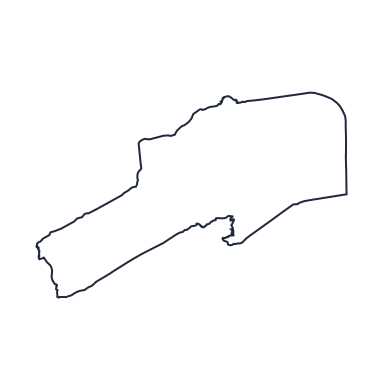 outline of Kota Padangsidimpuan, Sumatera Utara, Indonesia, rotated 84°
{"feature_id": "22746128B81378642761445", "entity_name": "Kota Padangsidimpuan", "entity_type": "district", "adm_level": 2, "iso_a3": "IDN", "parent_name": "Indonesia", "parent_adm1": "Sumatera Utara", "projection": "equal_earth", "projection_center": [99.293, 1.387], "detail": "fine", "context": "isolated", "style": "outline", "palette": "slate", "viewbox_px": 384, "rotation_deg": 84, "n_neighbors": 0, "source": "geoboundaries", "source_scale": "gbopen_adm2", "svg_char_len": 5945}
<svg xmlns="http://www.w3.org/2000/svg" viewBox="0 0 384 384"><g transform="rotate(84 192 192)"><path d="M141.9,32.2L137.2,31.7L132.5,31.8L126.6,33.8L121.9,36.0L118.4,38.7L114.1,43.2L111.1,48.5L109.0,52.8L106.3,59.7L105.5,64.5L105.9,72.8L107.3,111.2L107.4,119.3L107.4,122.5L107.3,128.0L108.0,129.3L107.9,130.0L107.9,130.5L107.7,131.0L107.9,131.3L107.5,132.7L107.9,133.4L108.0,133.7L108.1,135.0L108.4,137.4L108.1,138.0L107.7,137.9L107.4,138.1L107.1,137.7L106.7,138.3L106.4,138.3L106.2,138.0L105.7,138.0L104.9,138.6L104.8,139.2L105.1,139.5L105.2,139.9L105.1,140.4L104.5,141.0L103.1,142.4L102.7,142.7L102.0,143.5L100.6,145.4L100.6,148.3L100.9,149.3L100.9,149.8L101.0,150.3L101.3,150.8L101.6,150.6L102.1,150.7L102.4,151.2L102.4,151.9L103.6,152.0L104.2,152.6L104.5,152.5L104.9,152.8L104.9,153.6L105.2,154.0L105.9,153.1L106.2,153.2L106.6,153.8L107.1,154.0L107.3,154.3L107.3,154.6L107.4,155.0L107.6,155.1L107.6,155.5L107.3,156.0L107.4,156.5L107.6,156.7L108.0,157.0L108.4,157.5L108.8,157.8L109.0,159.0L109.3,162.4L109.2,164.9L110.0,167.9L111.1,170.3L111.5,172.8L110.7,174.1L110.7,174.8L110.7,175.6L112.1,178.1L114.7,182.7L115.7,183.2L117.2,183.9L119.1,185.0L122.1,188.1L124.8,192.5L125.3,194.8L126.6,196.9L127.0,197.4L129.4,200.5L129.7,200.7L131.3,201.9L133.2,203.1L134.0,207.2L133.2,210.0L133.1,214.9L135.2,228.3L135.2,228.5L134.9,230.6L134.2,233.6L134.8,235.7L136.0,238.2L136.4,238.5L136.5,238.7L136.9,239.2L138.1,240.0L158.4,240.1L163.1,239.9L164.7,241.1L165.8,242.7L167.3,243.7L169.1,244.5L171.2,244.7L172.3,244.9L173.0,244.8L174.2,244.6L174.8,244.6L176.7,245.5L177.3,245.6L178.6,245.9L179.2,246.2L180.9,247.3L181.1,250.7L182.0,252.6L182.6,253.4L183.7,255.0L184.5,256.5L185.8,259.5L186.3,260.3L186.9,260.9L187.9,262.2L198.8,287.9L202.0,296.2L202.2,296.4L202.3,296.9L202.3,297.3L202.3,297.8L202.2,299.7L202.5,300.4L202.8,301.0L203.0,301.5L205.6,304.1L205.9,306.7L206.4,309.1L209.1,312.4L214.5,325.4L214.7,325.7L216.8,333.5L217.1,336.2L217.1,336.4L217.2,336.7L217.6,336.9L217.9,337.4L218.2,337.6L219.9,338.3L222.7,344.9L223.1,345.5L224.1,346.5L224.5,346.8L225.3,347.9L225.7,348.9L226.0,349.9L226.7,351.1L227.2,351.5L228.3,351.8L228.6,351.5L228.9,351.6L229.1,351.9L229.6,352.1L229.9,352.3L230.1,352.0L230.7,352.0L230.7,351.5L230.7,351.0L230.8,350.7L231.2,350.5L231.5,350.4L231.7,350.7L232.0,350.6L232.1,351.0L232.9,350.9L233.3,350.7L234.2,350.5L234.2,350.1L234.5,350.0L234.9,350.0L235.2,350.0L235.3,350.2L237.7,350.5L238.0,350.6L239.6,350.6L239.6,350.9L240.0,350.9L240.0,351.1L240.4,351.1L240.9,351.1L241.0,351.3L241.3,351.2L241.5,351.2L241.6,351.3L242.0,351.2L242.9,350.7L242.7,350.3L242.8,350.0L242.7,349.8L242.5,348.7L242.3,348.0L242.0,347.0L241.9,346.8L241.8,346.3L242.5,346.3L242.7,346.2L242.8,346.0L242.8,345.7L243.2,345.4L244.3,344.8L244.6,344.7L245.7,344.1L246.2,343.8L246.8,343.4L247.3,343.0L247.9,342.5L248.2,342.2L249.0,341.6L249.5,341.2L249.9,340.8L250.4,340.5L251.4,340.0L252.9,339.7L254.1,339.5L254.5,339.4L255.5,339.4L256.1,339.4L258.6,339.9L259.0,339.9L260.7,340.4L261.1,340.5L263.2,340.4L263.8,340.3L264.4,340.2L265.0,340.1L266.3,339.5L267.3,339.0L267.7,338.8L269.2,338.1L269.5,337.1L270.1,336.1L271.1,336.1L271.3,336.5L271.5,336.8L271.9,336.9L272.2,336.8L273.8,337.1L274.4,337.4L275.5,336.0L277.1,336.6L278.2,336.7L282.0,336.7L282.2,336.9L282.6,336.7L282.6,335.8L282.9,335.5L282.7,335.0L282.9,334.6L282.7,334.1L282.7,333.3L282.8,332.7L283.0,330.1L283.1,329.4L283.4,328.6L282.7,325.7L282.3,323.7L282.1,322.6L280.5,319.7L279.4,316.8L278.7,314.6L278.3,310.5L278.2,308.9L277.8,308.1L277.5,307.9L275.8,304.6L274.9,301.6L273.2,299.1L271.7,297.3L270.7,295.5L267.0,287.4L264.9,282.9L262.1,277.5L257.6,268.3L254.2,261.4L252.3,257.3L248.4,248.4L247.7,246.6L246.1,242.5L241.8,231.3L239.8,226.0L233.2,213.3L231.1,208.5L230.9,206.1L230.5,205.0L229.2,203.4L229.0,202.6L229.0,200.5L228.2,199.7L227.8,198.8L227.2,197.7L226.5,197.2L226.4,197.1L225.9,195.6L225.9,192.9L225.3,190.9L224.3,190.5L224.0,190.6L224.0,190.4L224.0,190.2L224.3,189.0L224.6,188.7L225.0,188.0L225.4,187.5L225.8,187.3L226.0,187.1L226.6,187.1L227.1,186.8L227.2,186.5L227.1,186.0L227.7,185.0L228.1,185.2L228.3,184.7L228.2,184.4L228.2,184.0L227.9,183.5L227.8,183.0L227.4,182.8L226.9,181.5L226.5,181.1L225.9,181.0L225.5,178.7L225.3,177.9L224.9,177.5L224.3,176.9L223.9,176.4L223.7,176.2L223.5,175.2L222.9,174.4L222.6,173.9L222.5,172.7L222.5,171.7L222.2,171.3L221.9,171.2L221.6,171.4L221.3,171.2L220.7,170.9L220.6,170.7L220.8,167.9L221.1,166.5L221.4,164.5L221.4,162.0L221.1,160.7L219.7,158.5L219.8,156.8L220.1,156.5L220.3,154.8L220.5,154.3L221.1,154.5L221.3,155.0L222.1,156.1L222.7,156.6L223.2,156.8L223.9,156.7L224.2,156.5L224.5,156.4L224.4,156.0L223.5,154.1L223.4,153.7L223.5,153.4L223.8,153.1L224.3,153.2L225.2,153.6L226.5,154.7L226.9,154.7L228.2,155.5L228.5,156.0L229.0,156.3L229.6,156.2L230.0,156.0L230.4,155.7L231.6,155.5L232.2,155.6L232.3,155.2L232.8,155.1L233.2,155.1L233.4,155.4L233.3,156.5L233.3,157.0L234.1,156.3L234.8,155.3L234.9,155.0L235.2,154.9L235.6,155.2L235.9,155.6L236.0,156.3L236.4,156.2L236.6,155.6L237.0,155.2L237.3,155.2L237.4,155.7L237.1,156.5L237.1,156.9L237.9,157.1L238.5,157.0L238.7,156.5L238.8,155.8L239.0,155.4L239.3,155.2L239.5,155.6L239.4,156.9L239.4,158.2L239.5,160.1L239.7,160.3L240.3,160.5L240.6,160.7L240.7,161.2L240.6,161.5L240.4,161.8L240.4,162.0L240.5,162.1L240.8,162.9L240.9,163.3L241.2,163.5L241.2,163.8L241.1,164.0L241.1,164.6L241.3,164.9L241.2,165.2L241.4,165.4L241.3,165.9L241.4,166.1L241.1,166.2L241.3,166.5L241.9,166.5L243.6,165.6L245.4,162.0L248.1,161.6L248.9,159.7L249.0,158.8L248.7,157.1L248.5,156.8L248.1,156.3L248.0,156.1L247.9,155.6L248.2,154.9L248.2,154.2L248.2,153.4L248.1,153.2L248.0,152.4L248.0,151.0L248.1,150.6L248.0,149.1L247.5,147.4L243.6,142.5L241.0,138.2L234.2,126.2L229.2,117.4L222.2,105.4L214.9,92.5L215.1,88.2L214.1,86.7L212.8,81.2L212.2,72.1L211.8,63.9L211.0,49.1L210.8,45.2L210.4,38.5L203.2,37.9L188.0,36.5L172.6,35.3L172.6,35.2L163.0,34.1L156.7,33.4L141.9,32.2Z" fill="none" stroke="#1e293b" stroke-width="2"/></g></svg>